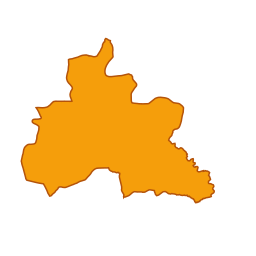 Kadiogo, Kadiogo, Burkina Faso, rotated 12°
{"feature_id": "67063806B99988316808523", "entity_name": "Kadiogo", "entity_type": "district", "adm_level": 2, "iso_a3": "BFA", "parent_name": "Burkina Faso", "parent_adm1": "Kadiogo", "projection": "mercator", "projection_center": [-1.417, 12.368], "detail": "fine", "context": "isolated", "style": "filled", "palette": "amber", "viewbox_px": 256, "rotation_deg": 12, "n_neighbors": 0, "source": "geoboundaries", "source_scale": "gbopen_adm2", "svg_char_len": 5858}
<svg xmlns="http://www.w3.org/2000/svg" viewBox="0 0 256 256"><g transform="rotate(12 128 128)"><path d="M30.5,182.6L31.2,184.0L31.6,185.1L32.6,187.0L33.7,188.9L38.1,197.6L38.6,198.8L39.6,199.9L40.0,200.1L40.5,200.1L49.3,200.4L52.2,200.4L56.9,200.2L59.1,202.7L61.7,206.0L63.3,208.5L64.7,209.9L65.5,210.9L66.1,210.7L67.3,209.9L67.2,209.5L68.0,208.3L69.2,206.9L70.1,205.5L70.4,204.4L71.5,203.0L72.0,202.0L72.3,200.9L72.8,200.2L73.3,199.9L74.8,199.5L76.5,199.6L78.1,199.4L78.8,199.3L79.8,198.8L81.7,197.6L84.8,195.5L86.3,194.6L87.6,193.6L89.4,192.6L90.4,191.6L92.0,190.3L96.7,187.7L97.4,186.8L98.7,184.4L100.1,182.2L100.9,180.7L101.9,178.0L103.2,176.1L104.3,174.9L105.6,174.0L107.3,173.4L113.9,171.8L116.0,171.4L117.1,170.9L117.5,171.3L118.3,172.6L119.0,173.1L120.1,173.6L121.5,173.8L122.3,174.2L123.3,173.8L123.7,173.8L125.0,173.9L125.6,174.1L126.5,174.1L127.5,173.4L127.9,173.6L128.5,174.0L129.3,174.0L129.5,174.5L129.5,176.6L129.9,178.1L133.9,186.5L134.4,188.4L134.5,189.8L134.8,190.5L135.5,191.5L137.7,193.9L138.0,195.0L137.9,195.8L138.2,196.6L138.3,196.3L138.9,196.3L139.4,196.2L142.8,194.0L143.8,192.9L145.7,190.4L146.4,189.7L147.2,189.1L147.8,188.9L150.5,188.6L154.6,187.7L155.6,187.8L157.3,187.4L158.1,187.0L159.8,185.5L161.4,184.2L162.4,183.9L166.8,183.7L167.1,184.7L167.7,185.6L168.0,185.9L168.5,187.0L170.0,188.2L170.3,188.0L171.0,187.8L172.1,187.0L175.5,183.1L177.6,182.4L179.1,182.8L181.2,183.8L183.5,183.7L184.5,183.0L185.3,183.1L186.8,182.9L187.8,182.9L189.2,183.1L189.7,183.4L190.1,183.1L191.6,182.8L192.1,182.4L193.2,182.7L195.0,182.7L195.8,182.5L197.1,181.9L197.8,182.2L199.8,181.6L199.8,181.9L200.3,182.2L201.2,182.5L202.0,182.0L202.4,182.4L203.7,182.8L204.1,183.2L205.0,183.3L205.5,183.7L205.9,183.8L206.7,183.7L207.4,184.6L207.9,184.8L208.3,185.5L208.6,186.2L208.9,186.2L209.9,187.0L210.3,186.6L210.7,186.6L210.7,186.4L211.1,186.4L211.9,185.7L212.3,185.8L212.6,185.6L213.2,184.6L213.5,184.7L213.6,184.1L214.7,182.8L215.7,182.4L215.9,182.1L215.8,181.9L215.9,181.5L216.5,181.2L217.8,180.9L218.2,180.4L218.9,180.0L220.7,179.3L221.7,178.8L222.2,178.7L222.7,178.3L223.5,177.9L223.7,177.6L223.4,177.1L223.1,176.3L223.3,175.7L224.2,174.6L225.1,173.8L225.3,173.5L225.5,172.9L225.5,171.9L225.4,171.6L223.6,170.2L223.5,169.1L223.6,168.6L224.0,167.9L224.1,167.3L223.9,166.8L223.5,166.1L223.2,165.8L221.9,165.7L221.2,165.4L220.5,165.3L218.7,165.5L218.3,165.3L217.9,164.2L217.9,163.3L219.0,161.9L219.4,161.1L217.9,158.6L217.3,158.0L216.7,157.6L217.0,155.2L217.1,154.7L216.2,154.1L215.6,153.9L214.3,153.6L213.5,153.9L213.1,153.7L212.7,153.6L211.7,154.3L211.3,154.3L210.8,154.6L210.7,154.0L208.6,155.1L207.3,155.9L206.1,156.2L205.1,155.9L204.5,155.3L204.7,152.1L204.5,151.7L203.7,151.3L202.9,151.6L202.4,151.6L202.2,151.7L201.9,152.3L201.3,152.4L200.7,152.3L199.9,151.7L199.5,151.2L199.8,150.7L200.2,150.4L200.6,150.2L200.8,149.8L201.0,149.5L201.1,148.9L201.0,148.6L200.9,148.2L199.2,148.1L198.8,147.7L198.6,147.2L198.5,145.4L198.1,144.5L197.4,144.7L195.9,145.8L195.7,146.4L195.2,147.3L193.6,147.5L192.3,146.5L191.3,145.0L191.6,144.3L191.9,143.7L192.0,143.5L191.5,143.0L190.9,141.7L191.4,141.3L191.2,141.0L190.5,140.6L189.8,139.6L189.3,139.1L188.7,139.0L188.0,138.4L187.0,138.0L185.7,136.8L184.5,136.4L183.7,136.4L183.1,136.9L182.4,137.7L181.7,137.9L180.9,137.7L180.4,137.3L179.0,137.1L178.0,136.2L177.8,135.8L177.6,135.7L177.6,134.6L177.1,133.3L176.1,133.6L175.4,134.1L174.7,134.3L174.2,134.2L173.7,134.0L173.2,133.5L173.1,133.2L172.4,132.8L172.0,132.4L171.2,132.1L170.3,131.5L170.5,129.7L170.9,128.5L172.2,126.5L172.4,126.0L172.4,124.6L172.8,123.1L172.5,122.7L172.7,121.1L172.9,120.8L173.1,120.7L173.2,120.4L174.1,119.5L175.6,118.9L176.5,118.4L177.3,117.5L177.8,116.7L178.2,115.2L178.5,112.8L178.7,110.1L178.6,108.1L178.5,104.8L178.7,101.1L178.1,96.7L177.1,95.6L175.8,94.8L173.5,93.7L172.3,93.5L167.4,93.8L165.9,93.3L163.5,92.1L161.6,91.2L160.9,91.0L159.1,90.8L157.6,90.8L153.4,91.2L151.2,91.8L149.9,92.5L148.5,93.4L147.1,95.1L143.4,99.6L142.4,100.1L137.6,101.3L133.7,102.0L132.1,102.1L128.6,102.5L127.5,102.5L126.9,102.6L126.5,102.3L126.1,101.7L125.6,100.8L124.1,94.5L124.1,93.5L124.2,92.7L126.1,87.8L127.5,85.1L127.5,84.0L127.1,83.0L126.2,82.2L123.5,80.2L122.6,79.4L122.1,78.3L121.7,76.8L121.5,76.6L121.0,76.3L120.5,75.5L118.5,75.3L118.3,75.1L117.3,75.0L110.8,78.1L108.0,78.9L101.1,81.2L99.7,81.5L98.6,81.7L96.7,81.5L95.5,81.0L95.1,80.6L94.2,79.2L93.7,77.7L93.4,75.7L93.5,73.6L94.1,70.7L95.5,67.0L98.4,62.0L98.5,61.3L97.8,59.1L97.2,57.0L97.0,54.9L96.3,52.4L95.6,51.0L94.7,49.7L93.0,48.1L92.9,47.6L92.7,47.3L92.6,46.2L90.5,46.0L89.9,45.6L88.6,45.2L87.9,45.1L87.6,45.1L87.2,45.9L87.0,46.7L87.3,47.9L87.2,48.6L86.7,48.8L86.2,50.0L85.8,51.6L85.9,53.2L85.9,54.3L85.2,56.7L85.0,57.9L82.8,63.8L82.3,64.4L80.8,65.1L79.8,65.4L78.6,65.4L77.3,65.3L75.1,65.4L74.9,65.7L74.2,65.3L73.5,65.4L72.5,65.2L71.0,65.5L69.7,65.9L68.1,66.5L66.4,67.5L64.2,69.1L60.7,70.9L59.0,71.9L56.7,72.7L55.8,73.3L55.6,73.5L56.4,76.7L56.9,78.3L57.0,80.5L57.5,84.1L57.3,87.4L57.3,89.5L57.4,91.3L57.8,92.7L59.0,94.8L60.4,96.2L62.6,97.7L64.4,99.2L65.0,99.9L65.4,101.1L65.2,102.0L64.5,104.0L64.3,106.3L64.4,107.6L65.0,109.2L67.1,112.6L67.6,113.4L67.3,113.6L65.4,114.0L60.0,115.1L57.4,115.7L51.5,116.9L50.2,117.4L49.6,117.7L49.1,118.3L47.8,120.2L47.2,121.4L46.0,122.8L45.2,123.8L44.2,124.5L42.2,125.4L40.1,126.0L35.7,126.7L33.9,127.2L34.7,128.1L35.4,128.6L37.2,130.7L40.0,134.6L40.8,135.4L41.0,136.0L41.0,136.3L40.9,136.7L40.2,137.2L38.4,138.0L34.3,139.0L33.4,139.6L32.9,140.4L32.9,141.2L33.1,141.8L33.4,142.3L34.3,142.8L35.4,143.2L36.6,143.4L38.1,143.8L40.1,144.7L40.4,145.0L40.8,145.6L40.8,146.5L41.1,147.8L41.1,149.3L40.9,151.8L40.6,154.2L41.0,157.7L40.8,160.9L40.5,162.0L40.1,162.6L39.2,163.2L37.2,163.9L35.8,164.3L34.7,164.5L33.6,165.0L32.8,165.7L31.8,167.0L31.2,168.0L30.8,169.0L30.5,171.2L30.7,174.7L30.5,176.6L30.5,182.6Z" fill="#f59e0b" stroke="#b45309" stroke-width="1.5"/></g></svg>